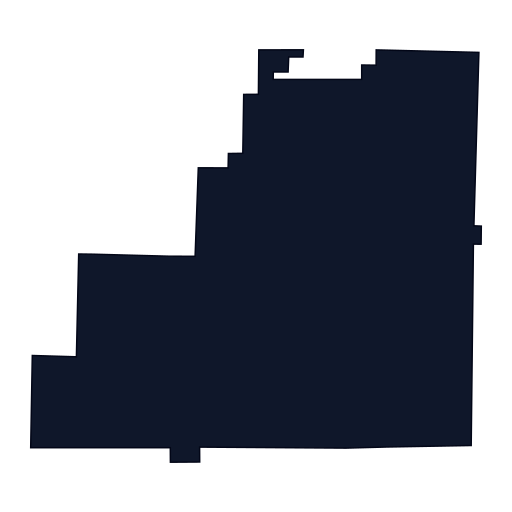 outline of Clay, Alabama, United States of America
{"feature_id": "52423323B11039676247957", "entity_name": "Clay", "entity_type": "district", "adm_level": 2, "iso_a3": "USA", "parent_name": "United States of America", "parent_adm1": "Alabama", "projection": "albers", "projection_center": [-85.88, 33.295], "detail": "fine", "context": "isolated", "style": "filled", "palette": "ink", "viewbox_px": 512, "rotation_deg": 0, "n_neighbors": 0, "source": "geoboundaries", "source_scale": "gbopen_adm2", "svg_char_len": 556}
<svg xmlns="http://www.w3.org/2000/svg" viewBox="0 0 512 512"><path d="M478.9,52.4L376.2,49.9L376.1,65.2L361.7,65.0L361.7,79.4L273.2,79.4L273.3,72.0L288.1,72.0L288.7,57.0L303.0,57.0L303.4,49.8L258.8,49.9L258.4,94.3L243.7,94.4L242.8,153.3L228.4,153.5L228.1,167.9L198.3,167.8L195.1,256.3L168.7,256.2L93.3,254.2L78.7,254.0L76.4,356.8L32.3,355.5L30.7,447.7L170.3,447.7L170.4,462.2L199.7,462.0L199.6,447.1L346.0,448.1L386.6,447.0L471.2,445.5L473.4,244.1L481.1,244.2L481.3,226.1L473.9,225.8L478.9,52.4Z" fill="#0f172a" stroke="#020617" stroke-width="1.5"/></svg>